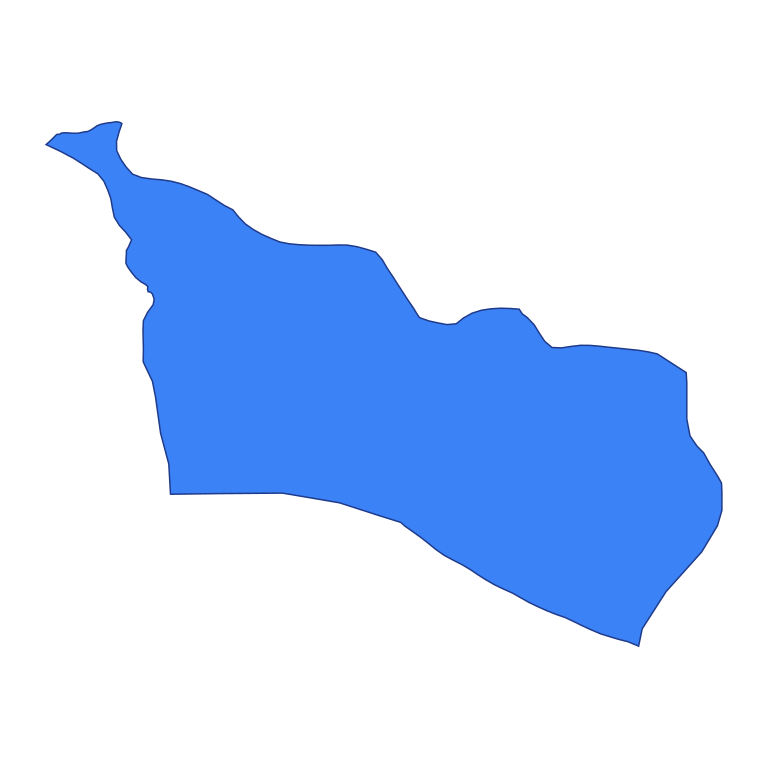 Al Malah, Lahij, Yemen
{"feature_id": "15242507B86745983179930", "entity_name": "Al Malah", "entity_type": "district", "adm_level": 2, "iso_a3": "YEM", "parent_name": "Yemen", "parent_adm1": "Lahij", "projection": "mercator", "projection_center": [44.861, 13.381], "detail": "fine", "context": "isolated", "style": "filled", "palette": "blue", "viewbox_px": 768, "rotation_deg": 0, "n_neighbors": 0, "source": "geoboundaries", "source_scale": "gbopen_adm2", "svg_char_len": 2714}
<svg xmlns="http://www.w3.org/2000/svg" viewBox="0 0 768 768"><path d="M686.2,372.6L676.0,366.0L657.3,353.9L648.3,351.9L638.6,350.3L628.7,349.3L619.4,348.3L609.3,347.3L599.7,346.2L590.1,345.4L580.7,345.3L571.2,346.4L561.4,347.9L552.0,347.5L544.7,341.3L539.5,333.5L534.1,324.7L527.2,317.5L522.3,313.9L519.2,309.2L510.3,308.5L500.8,308.2L490.9,308.8L481.6,310.2L472.0,313.2L463.6,317.9L456.2,323.8L446.9,324.6L437.9,322.9L428.7,320.9L419.5,317.6L416.2,312.7L413.8,308.6L408.3,300.6L402.8,292.2L397.6,284.1L392.6,276.3L387.3,268.4L382.3,259.8L375.7,252.2L366.5,249.3L357.0,246.7L347.3,245.1L337.7,245.0L328.3,245.3L318.6,245.3L309.2,245.2L299.1,244.7L289.2,243.8L279.9,242.0L271.0,238.4L262.0,234.4L253.2,229.5L245.4,224.0L238.7,217.1L232.8,209.8L224.2,205.4L215.9,200.0L207.6,194.5L198.9,190.8L190.1,187.1L181.1,183.8L171.6,181.3L161.5,179.8L151.8,179.0L141.3,177.5L132.6,174.2L126.1,167.0L120.8,159.3L116.7,150.7L116.5,141.4L119.0,132.2L121.9,123.6L120.6,122.7L119.1,122.2L118.1,122.0L116.7,121.8L115.2,121.9L112.7,122.3L112.2,122.4L110.4,122.7L109.4,122.7L108.0,122.9L106.7,123.1L104.9,123.4L103.5,123.7L101.5,124.2L100.1,124.5L98.6,125.2L97.2,125.7L96.0,126.5L94.7,127.4L93.3,128.4L91.8,129.4L90.6,130.1L89.3,130.8L87.8,131.4L86.3,131.7L84.8,131.8L82.9,132.2L78.1,133.2L76.9,133.2L76.3,133.2L74.7,133.2L73.1,133.2L72.8,133.2L72.2,133.2L68.3,132.9L66.4,132.8L62.6,132.9L61.1,133.2L60.5,133.7L60.0,134.2L57.9,134.3L56.7,134.5L49.9,141.2L46.1,144.6L60.1,151.2L73.4,158.2L81.4,163.3L89.5,168.6L97.9,173.9L103.8,181.1L107.6,189.6L110.8,198.5L112.4,207.9L114.4,217.4L119.4,225.4L125.7,232.2L131.6,239.8L128.3,247.3L126.4,250.5L126.4,253.8L126.0,259.0L126.0,263.5L127.9,267.2L130.7,271.2L131.7,272.6L135.9,277.7L140.9,281.8L145.7,284.6L147.8,286.6L147.5,289.3L148.1,291.7L150.6,292.2L152.3,293.8L154.2,299.1L153.2,304.6L147.6,312.3L143.4,320.7L143.0,330.0L143.2,340.0L143.4,349.6L143.2,359.6L143.2,361.7L145.2,366.1L151.3,379.0L152.4,381.2L155.5,396.9L160.6,433.3L168.8,464.0L170.5,494.2L188.4,494.0L210.6,493.7L218.4,493.6L282.4,493.1L339.4,502.8L380.6,516.1L400.8,522.4L404.9,526.1L412.5,531.5L420.8,537.4L428.3,543.3L436.0,549.6L444.3,555.4L453.1,560.1L461.6,564.4L470.0,569.4L477.7,574.6L486.0,579.9L494.6,584.8L503.8,589.2L512.3,593.0L520.8,597.8L529.1,602.5L537.9,606.7L547.0,610.8L556.4,614.5L565.1,617.5L573.6,621.5L582.8,626.0L591.3,629.9L600.5,633.8L609.8,636.7L618.8,639.4L627.9,641.7L628.4,641.9L636.9,645.4L638.6,646.2L642.2,628.8L666.0,591.7L701.7,551.9L717.4,525.8L721.9,510.4L721.9,500.6L721.9,492.4L721.5,483.1L717.9,476.6L709.8,463.9L703.7,452.9L696.9,446.0L690.9,437.2L690.0,435.8L686.8,419.1L686.8,406.9L686.8,390.6L686.8,382.9L686.2,372.6Z" fill="#3b82f6" stroke="#1e3a8a" stroke-width="1.5"/></svg>